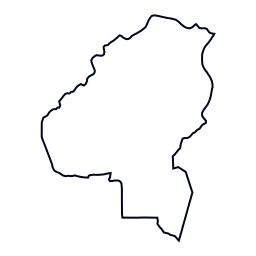 Bequimão, Maranhão, Brazil
{"feature_id": "56859067B49205705697015", "entity_name": "Bequimão", "entity_type": "district", "adm_level": 2, "iso_a3": "BRA", "parent_name": "Brazil", "parent_adm1": "Maranhão", "projection": "natural_earth1", "projection_center": [-44.779, -2.445], "detail": "fine", "context": "isolated", "style": "outline", "palette": "ink", "viewbox_px": 256, "rotation_deg": 0, "n_neighbors": 0, "source": "geoboundaries", "source_scale": "gbopen_adm2", "svg_char_len": 2715}
<svg xmlns="http://www.w3.org/2000/svg" viewBox="0 0 256 256"><path d="M214.3,33.8L212.6,33.6L210.9,33.2L209.2,32.3L207.9,30.5L206.9,29.0L204.9,28.2L202.2,28.4L199.3,28.0L197.5,25.7L195.9,24.1L193.2,26.4L191.9,27.5L189.9,28.3L187.6,28.1L185.9,27.5L184.2,26.6L181.7,24.7L178.9,22.0L176.0,19.8L173.1,19.0L169.9,18.3L168.1,18.1L166.1,17.7L161.9,16.8L159.0,16.1L156.5,15.6L153.8,15.4L151.8,15.9L150.0,18.0L148.6,20.4L147.8,22.1L146.9,24.4L145.6,27.0L143.9,28.5L142.3,29.8L140.3,31.2L136.8,33.3L134.5,34.4L131.7,36.1L130.2,37.9L128.4,39.0L126.1,39.1L123.0,37.5L121.4,36.0L119.5,35.4L117.2,37.6L113.3,40.8L110.6,42.4L109.3,43.5L107.7,45.1L104.7,45.6L103.6,47.1L103.9,49.1L104.4,52.0L103.9,54.4L102.4,55.6L99.9,55.7L98.3,55.4L96.6,55.2L95.0,55.9L92.4,58.1L91.2,60.6L91.8,63.0L92.6,65.1L93.3,66.9L94.6,69.7L94.8,71.8L93.8,73.8L92.4,74.7L89.4,76.3L87.2,78.6L87.1,80.5L86.5,82.3L85.6,84.2L83.8,85.5L80.9,84.1L78.0,85.7L76.3,87.4L75.1,89.3L73.3,91.6L71.0,92.0L69.6,93.5L67.3,93.3L65.4,93.8L63.9,95.4L62.8,96.9L61.1,99.1L59.2,101.3L59.7,103.3L60.2,105.5L59.3,107.6L57.6,107.5L56.2,109.1L53.3,109.2L50.8,110.8L48.9,112.8L48.0,114.6L46.4,116.1L43.5,117.5L42.7,119.7L41.8,122.2L41.7,136.6L42.4,139.2L44.1,143.3L52.0,164.1L52.5,166.6L53.2,168.6L54.5,170.7L56.5,171.9L59.3,173.0L62.8,175.4L65.6,176.2L68.2,175.8L70.9,176.1L73.0,175.9L74.7,175.4L77.4,176.2L80.6,176.9L84.0,177.4L88.0,177.6L88.8,175.7L90.8,175.0L94.2,174.7L96.3,174.9L100.3,174.7L102.7,174.5L104.6,174.2L106.5,173.7L110.6,173.0L110.3,175.2L110.0,177.4L108.9,179.5L110.0,181.1L112.2,181.0L114.4,180.5L116.8,180.5L118.7,180.6L120.5,181.8L121.5,183.9L121.7,186.2L121.9,188.7L121.9,197.2L122.0,214.5L122.5,217.6L136.3,217.7L142.7,217.5L157.3,217.7L157.9,220.9L157.4,223.8L159.9,227.4L161.3,228.6L162.6,230.6L164.0,232.5L166.4,233.1L168.4,233.5L170.2,234.8L173.2,235.6L174.9,236.1L177.5,239.1L178.8,240.6L179.9,237.1L180.7,234.2L181.9,230.1L182.7,227.0L187.1,211.4L187.9,208.4L188.8,205.4L189.4,203.0L190.4,199.6L192.4,192.5L185.7,171.9L183.6,170.6L182.0,169.5L178.2,167.1L173.3,168.5L172.8,156.4L174.8,154.4L176.5,152.3L178.1,150.2L180.1,148.3L180.8,144.0L181.9,140.7L182.7,138.5L184.4,138.1L187.4,138.0L189.6,136.9L191.4,135.0L193.0,133.2L194.9,132.3L197.4,129.8L199.6,128.7L201.0,126.6L202.7,124.6L205.9,122.9L206.0,120.8L203.7,118.2L202.1,115.8L202.1,112.9L203.4,110.3L206.5,106.0L207.6,104.5L209.1,101.4L210.0,98.9L210.7,96.4L211.2,93.7L211.6,91.4L212.1,88.8L212.6,87.0L212.5,84.3L211.8,81.0L210.5,77.9L209.1,75.6L208.0,74.0L207.0,72.4L205.3,70.3L203.7,67.7L202.4,64.5L202.1,60.8L202.1,57.5L202.1,54.7L203.1,51.1L204.0,48.7L205.1,46.6L206.2,45.2L208.3,42.9L209.8,40.8L211.2,38.9L212.1,37.2L213.5,35.5L214.3,33.8Z" fill="none" stroke="#020617" stroke-width="2"/></svg>